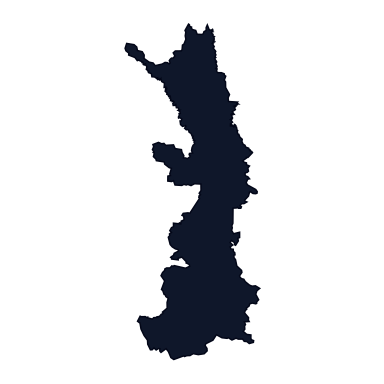 Tena, Napo, Ecuador (Natural Earth projection), rotated 271°
{"feature_id": "8360857B35780226802256", "entity_name": "Tena", "entity_type": "district", "adm_level": 2, "iso_a3": "ECU", "parent_name": "Ecuador", "parent_adm1": "Napo", "projection": "natural_earth1", "projection_center": [-77.608, -0.944], "detail": "fine", "context": "isolated", "style": "filled", "palette": "ink", "viewbox_px": 384, "rotation_deg": 271, "n_neighbors": 0, "source": "geoboundaries", "source_scale": "gbopen_adm2", "svg_char_len": 6076}
<svg xmlns="http://www.w3.org/2000/svg" viewBox="0 0 384 384"><g transform="rotate(271 192 192)"><path d="M352.2,208.8L352.6,210.0L353.0,209.4L354.1,210.1L355.0,209.7L354.1,208.4L354.5,206.4L359.3,204.4L356.7,203.3L353.7,203.3L352.6,201.2L350.4,200.5L349.7,199.4L349.8,194.4L353.6,192.9L354.4,189.7L356.1,188.2L356.8,188.7L358.0,186.4L359.2,186.5L359.8,185.6L353.4,182.2L351.7,183.0L348.0,182.5L344.6,183.2L339.8,181.4L338.7,179.9L334.1,179.6L332.9,178.7L332.7,172.8L330.8,170.8L327.7,172.5L325.6,170.9L325.5,169.1L324.2,167.8L323.0,167.0L320.7,167.9L319.7,166.9L320.9,165.2L321.1,162.8L319.4,160.0L317.7,153.0L320.3,150.9L321.1,146.9L324.7,141.7L328.1,141.8L331.4,139.8L332.5,135.0L336.0,134.2L338.3,131.5L339.4,124.1L334.5,122.6L332.0,123.5L329.8,126.4L327.8,126.3L325.5,132.6L322.4,135.0L322.9,136.2L321.5,139.5L320.7,139.7L321.0,140.6L318.9,141.0L319.3,142.9L318.2,142.2L318.0,143.7L316.4,144.7L313.8,144.2L312.1,146.6L311.6,146.0L310.6,146.5L309.7,149.3L306.5,149.9L306.4,152.5L305.4,154.0L305.6,155.4L304.7,154.9L303.7,156.0L304.4,156.9L305.2,156.6L303.7,157.7L304.5,158.5L303.6,158.3L304.0,159.2L301.9,159.8L300.4,162.6L296.1,162.3L296.4,163.9L295.1,163.8L295.2,164.9L293.8,164.6L293.8,163.1L293.5,163.9L292.3,163.4L290.6,165.3L289.3,165.1L288.9,166.2L287.1,167.1L287.5,168.5L286.3,168.8L285.6,168.0L284.5,169.2L283.0,169.0L282.9,170.4L282.1,170.6L282.6,171.9L281.6,172.6L280.2,171.3L278.2,171.7L278.3,173.2L279.3,174.2L276.0,174.9L276.1,176.5L274.4,177.5L273.5,176.7L273.5,178.2L272.9,177.5L271.9,178.6L270.4,178.9L270.2,177.7L268.7,178.0L266.7,177.1L265.7,177.3L266.1,178.5L264.9,180.5L262.9,180.0L262.8,178.8L259.2,179.4L257.4,181.4L258.3,184.5L257.5,184.8L255.6,183.5L254.1,185.2L254.4,186.4L253.7,187.5L251.7,188.1L250.6,190.0L247.9,191.2L247.7,192.2L246.1,191.6L244.9,192.8L243.9,192.4L243.2,194.0L242.0,193.1L240.1,193.9L238.8,192.3L236.5,191.3L233.4,190.8L231.0,191.9L230.5,188.8L229.2,188.5L228.1,189.5L227.1,189.3L225.1,186.5L225.9,185.3L225.9,182.8L228.2,183.2L231.4,181.3L234.2,180.7L235.1,174.4L238.8,172.7L238.2,164.9L240.1,163.1L239.7,160.8L241.0,157.6L238.8,152.1L236.7,152.9L233.6,151.7L231.9,153.2L230.9,152.5L230.2,153.6L226.7,152.8L224.4,155.3L222.7,155.8L221.6,163.7L219.4,164.2L216.0,168.7L215.3,171.0L209.7,169.5L208.1,170.2L207.5,167.6L202.5,167.6L202.1,171.4L203.0,173.3L198.7,174.9L198.4,181.7L199.5,183.8L198.9,186.1L199.5,187.7L198.4,190.9L200.3,194.4L200.1,200.8L193.6,201.0L190.9,199.2L189.4,200.5L188.4,199.2L186.7,198.9L185.7,199.6L170.7,190.2L171.1,188.4L170.5,183.6L168.5,182.4L167.7,184.1L164.7,184.5L163.8,184.2L162.7,181.7L160.9,181.6L160.9,180.3L159.9,180.9L160.5,174.0L157.0,174.1L156.0,172.1L152.9,170.5L151.2,172.2L149.7,170.2L148.0,170.5L146.4,169.1L139.1,171.1L136.8,173.2L134.8,176.4L134.3,178.9L133.4,179.5L132.5,179.2L130.4,175.3L128.2,174.5L126.8,172.3L126.2,171.8L125.4,173.0L124.6,172.9L123.9,179.4L125.4,179.2L126.7,183.0L122.0,187.7L121.0,187.3L119.5,190.5L117.7,191.0L115.7,186.8L118.1,175.4L117.2,174.4L117.8,173.2L115.7,171.3L115.6,167.9L114.6,166.2L113.2,166.1L111.0,164.0L107.8,162.5L102.6,166.2L94.0,163.2L92.9,164.5L89.1,165.9L88.8,167.0L87.0,167.7L85.3,170.1L81.2,169.0L75.4,169.2L71.4,164.6L70.5,165.4L69.8,164.9L69.2,163.4L67.0,161.6L66.6,159.3L66.0,159.6L65.7,155.9L64.2,154.6L65.4,150.0L66.1,149.9L65.6,149.1L66.6,147.5L66.4,143.6L66.9,142.3L61.8,139.8L60.0,142.3L54.1,143.4L47.7,146.6L43.1,150.1L39.0,150.4L33.5,153.2L33.6,155.0L35.4,156.7L33.4,158.9L34.9,161.2L34.8,162.6L32.4,162.6L31.1,163.8L34.9,168.8L32.0,171.2L26.1,173.8L24.2,176.7L28.0,186.5L27.4,187.4L28.3,189.7L28.4,192.8L30.4,196.0L29.5,201.1L30.5,207.0L33.4,209.9L35.9,209.7L38.6,207.8L40.5,208.4L44.2,215.5L49.7,218.9L46.8,224.5L46.3,229.7L47.0,230.8L44.7,234.5L46.6,238.6L45.7,240.8L45.8,245.2L43.6,246.8L43.4,249.5L41.5,251.9L42.7,256.0L44.5,256.2L45.2,254.3L46.5,253.4L50.1,253.4L50.6,249.2L53.6,245.6L55.7,247.2L59.1,246.9L60.3,247.8L63.1,246.6L63.5,251.4L64.9,250.6L67.4,250.7L72.1,246.6L74.4,247.3L75.8,248.8L76.9,248.4L78.9,251.0L81.2,251.7L82.0,254.3L81.3,257.8L82.0,258.7L83.2,258.5L85.4,260.5L90.9,257.5L94.4,258.6L96.8,261.4L99.3,257.1L98.9,253.7L99.9,251.1L103.3,246.8L105.7,245.3L106.2,243.1L107.6,241.5L109.0,241.0L112.5,243.3L114.5,242.9L118.8,238.1L125.1,236.7L127.1,235.1L129.6,235.0L129.9,236.1L132.1,235.8L133.3,234.4L135.5,234.2L135.6,232.0L137.8,231.1L139.7,233.7L142.1,231.0L144.2,232.3L142.2,235.3L140.0,235.5L139.5,236.5L143.9,239.2L146.5,238.6L147.3,240.4L152.6,240.3L151.0,234.3L154.2,232.3L156.9,232.9L158.9,232.4L161.4,233.4L176.6,233.3L176.8,236.6L177.5,237.5L176.6,238.5L176.6,241.1L178.1,241.7L179.3,240.2L181.2,241.8L181.3,244.2L183.0,247.0L183.8,245.0L184.8,244.8L188.9,248.5L192.8,249.5L193.3,250.3L191.6,253.0L191.4,255.6L191.9,257.0L193.5,257.2L195.6,255.7L200.0,247.4L202.3,246.0L205.8,247.5L206.2,249.3L208.3,247.5L208.9,245.6L210.2,244.7L212.1,244.9L212.6,246.9L213.8,248.1L216.9,247.4L219.0,249.0L220.2,246.0L222.1,245.9L222.6,243.8L224.0,242.0L227.0,246.0L227.5,245.8L227.6,247.4L232.4,251.8L233.7,250.9L234.1,249.5L235.0,249.5L235.2,248.6L236.8,247.9L237.8,245.0L239.7,244.1L240.6,242.3L243.4,241.0L245.6,241.3L247.7,238.9L250.5,237.8L250.6,236.9L252.9,236.2L254.3,236.6L254.7,235.9L257.5,235.4L258.0,234.1L258.8,234.8L259.9,234.0L260.3,233.2L258.0,232.5L259.9,230.7L258.5,230.8L258.7,229.2L261.0,229.3L262.5,231.3L264.1,229.9L265.8,230.8L265.6,229.6L267.2,231.1L269.7,229.8L269.8,231.0L270.7,230.5L270.5,232.7L273.0,230.9L275.1,233.9L277.1,233.0L278.3,234.2L278.7,232.9L279.9,235.6L280.9,235.6L280.9,236.6L281.8,235.2L282.7,236.0L283.1,226.9L286.8,226.5L290.1,227.8L297.0,223.8L302.7,223.6L304.4,222.3L308.4,223.7L309.2,222.5L310.8,222.1L311.8,219.3L311.8,215.5L313.1,214.5L314.9,214.7L315.8,213.9L315.8,214.8L317.2,214.3L318.1,214.9L320.9,213.6L322.3,214.3L322.5,213.3L323.4,213.9L325.7,212.3L326.8,213.4L327.3,212.6L329.6,213.5L331.4,212.6L333.0,213.3L336.4,210.6L337.6,211.7L340.6,210.0L341.3,210.8L341.2,209.8L343.1,210.9L343.2,211.8L344.2,210.8L345.2,211.6L347.2,211.1L347.7,211.7L348.7,210.0L350.0,210.3L351.1,208.8L352.2,208.8Z" fill="#0f172a" stroke="#020617" stroke-width="1.5"/></g></svg>